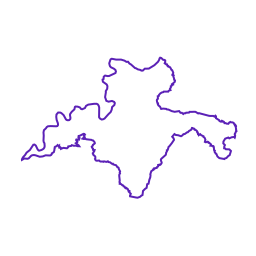 Lithipeng, Mohale's Hoek, Lesotho (Albers equal-area conic projection), rotated 176°
{"feature_id": "5366337B6317633557829", "entity_name": "Lithipeng", "entity_type": "district", "adm_level": 2, "iso_a3": "LSO", "parent_name": "Lesotho", "parent_adm1": "Mohale's Hoek", "projection": "albers", "projection_center": [27.697, -30.239], "detail": "fine", "context": "isolated", "style": "outline", "palette": "violet", "viewbox_px": 256, "rotation_deg": 176, "n_neighbors": 0, "source": "geoboundaries", "source_scale": "gbopen_adm2", "svg_char_len": 5848}
<svg xmlns="http://www.w3.org/2000/svg" viewBox="0 0 256 256"><g transform="rotate(176 128 128)"><path d="M183.0,148.1L184.6,146.2L185.0,145.1L184.7,142.1L185.0,140.9L186.1,140.0L187.4,139.9L188.6,140.3L189.3,140.9L191.3,145.3L193.3,147.4L194.4,148.1L196.6,148.3L198.4,146.5L198.8,144.1L198.6,141.0L197.6,137.6L197.6,135.9L198.3,134.9L199.4,134.7L204.9,135.3L207.7,135.3L209.0,134.6L209.9,133.4L212.0,131.7L212.6,129.5L212.6,126.3L213.2,121.2L213.0,119.7L212.4,118.6L212.4,115.7L212.8,114.3L213.8,113.1L215.8,112.1L218.2,111.6L218.7,111.8L219.6,112.9L221.2,116.9L222.4,118.0L223.6,117.9L227.4,112.9L230.9,110.5L232.5,108.3L234.8,106.1L236.0,104.2L236.0,103.6L233.5,104.8L230.4,104.3L229.2,104.6L226.6,107.0L225.5,107.5L223.7,107.6L222.1,107.2L218.1,105.5L215.0,105.6L212.1,106.5L207.7,106.0L206.5,106.5L205.9,107.2L205.8,108.0L203.7,109.1L202.9,111.3L202.9,112.2L202.5,112.8L202.5,113.9L202.0,114.4L200.6,114.8L199.4,115.9L198.4,114.7L197.9,115.1L198.0,113.2L197.3,113.0L196.8,113.4L196.1,112.7L196.2,111.9L193.9,112.7L190.3,112.0L189.1,112.9L188.9,113.8L185.9,114.1L185.3,114.8L183.4,114.1L181.1,114.0L179.7,113.4L177.9,113.2L178.5,114.2L181.1,116.5L179.6,117.3L179.4,118.2L180.0,118.4L180.6,119.6L180.4,120.1L179.5,120.2L178.9,119.8L178.2,120.2L177.7,120.0L177.6,121.0L177.1,121.4L178.1,122.2L177.8,123.5L176.7,123.6L172.8,125.3L171.9,125.1L171.4,124.3L172.5,123.5L171.9,122.0L173.0,121.6L173.0,121.2L174.0,120.5L172.8,120.1L171.2,120.2L170.5,119.7L165.2,118.7L164.4,118.1L163.7,118.0L162.5,116.5L162.1,115.2L162.4,114.8L164.2,113.6L164.3,112.9L165.5,111.9L165.3,111.0L164.3,109.8L164.5,108.7L164.1,108.3L162.9,108.3L163.3,107.2L163.8,107.0L164.1,106.0L164.9,105.3L164.9,104.7L164.4,104.1L164.3,103.4L163.0,102.3L162.6,101.5L162.7,100.0L163.1,99.5L162.7,98.4L162.2,97.8L161.3,97.5L159.1,97.6L158.4,96.8L157.5,96.4L156.1,96.4L154.8,96.0L154.3,96.4L151.9,95.7L150.4,96.2L149.9,95.4L148.2,95.0L146.6,93.5L145.5,93.4L145.3,92.7L142.4,91.6L141.3,89.6L140.7,89.5L140.1,88.8L140.0,87.6L138.9,85.3L139.4,84.1L139.1,83.3L139.9,82.2L140.1,80.9L139.9,76.2L140.3,74.7L139.9,74.2L140.2,72.9L138.6,72.4L137.8,71.4L137.2,71.3L136.5,70.5L136.5,70.1L135.5,69.7L135.3,69.0L134.6,68.7L134.8,68.3L134.6,68.1L134.0,67.8L133.7,68.2L132.5,67.2L131.9,65.1L131.6,65.3L130.9,65.1L130.9,64.8L131.4,64.6L131.4,64.1L129.8,62.2L130.7,60.5L130.7,59.7L124.8,58.1L123.3,57.8L120.8,58.5L119.4,59.6L118.2,60.1L117.4,64.2L115.2,66.1L113.6,67.0L112.8,70.6L111.4,71.0L110.3,74.9L109.2,77.3L108.8,79.5L109.0,80.2L107.8,83.3L105.5,84.6L105.7,85.0L104.6,85.4L104.7,85.9L102.1,86.2L101.9,86.9L100.6,87.6L100.5,89.0L99.1,88.9L99.1,89.3L97.9,89.4L97.0,90.5L96.8,91.3L97.4,93.1L97.4,94.2L97.0,94.9L92.3,98.5L91.9,99.4L91.7,100.7L90.8,102.0L90.8,103.1L89.9,103.4L88.8,106.4L88.0,106.9L85.3,109.9L82.9,113.0L83.2,114.5L84.5,116.2L82.1,118.7L80.8,117.7L78.5,117.3L75.7,116.1L74.3,116.8L73.1,118.0L71.9,118.0L69.3,119.6L68.6,119.6L67.2,120.9L65.5,121.6L64.9,122.1L64.2,123.6L63.5,123.5L62.8,122.7L62.0,122.7L61.6,122.2L61.6,121.6L60.2,121.0L59.4,120.1L59.4,119.3L59.2,118.8L58.7,118.7L58.6,117.1L58.2,117.1L57.9,115.9L56.4,116.8L55.6,115.8L53.3,114.5L53.4,113.9L52.3,113.0L51.6,111.0L52.3,108.8L51.3,108.3L49.6,108.8L49.1,108.6L48.7,107.6L47.9,107.6L47.5,106.9L46.5,106.1L46.2,105.2L46.8,104.6L44.1,104.0L43.8,103.3L44.0,102.9L43.7,102.4L43.7,100.0L43.0,99.4L43.3,98.9L43.1,97.6L42.6,97.3L42.3,96.3L41.6,95.9L40.8,93.4L39.0,91.6L34.3,90.4L34.3,90.6L31.9,91.2L29.9,93.1L28.5,93.8L26.9,97.9L28.4,99.6L31.9,100.0L32.8,101.0L33.5,101.1L33.2,103.0L32.5,104.2L34.0,106.0L33.7,107.9L31.8,110.6L28.6,111.5L27.7,110.6L25.3,111.5L22.9,111.7L22.2,110.9L21.8,111.8L21.9,112.7L21.6,113.3L22.0,114.3L21.7,115.1L21.0,115.8L20.6,117.1L20.0,117.4L20.4,118.7L20.2,119.2L20.5,121.6L20.1,122.0L20.2,122.6L21.1,122.9L21.2,123.2L20.6,123.4L20.9,124.0L21.9,124.7L22.3,125.8L23.7,126.4L25.1,126.5L25.5,126.9L26.6,126.4L27.6,125.2L29.4,125.5L30.3,126.1L31.4,126.1L31.9,127.5L33.9,128.7L34.2,128.4L33.9,127.8L35.2,127.9L36.4,128.8L36.6,129.5L39.5,131.6L39.4,133.5L40.0,134.2L41.0,133.3L42.1,134.1L46.0,134.4L56.3,137.9L57.0,137.6L59.5,139.4L60.4,139.5L65.5,139.8L66.1,139.1L69.0,139.2L69.6,138.7L71.0,138.8L71.9,138.1L73.2,139.4L74.6,139.5L75.8,141.3L80.3,140.9L83.2,141.8L86.2,143.5L88.1,143.9L88.5,144.4L91.7,144.9L93.6,144.7L94.6,147.1L96.2,148.5L96.3,150.2L96.7,150.1L97.2,152.2L97.3,153.7L97.0,154.4L96.1,155.1L96.1,157.6L95.1,157.8L94.8,158.8L93.3,160.3L91.7,161.1L90.3,161.3L89.8,161.8L85.3,161.5L85.0,162.1L84.0,162.7L83.0,162.8L83.4,164.2L82.4,165.5L82.4,166.7L81.4,167.2L81.2,168.5L80.9,168.5L80.7,167.9L79.9,168.2L80.2,169.2L78.1,170.8L77.8,172.2L78.6,172.9L78.6,174.2L79.2,176.4L78.7,177.3L79.3,178.0L80.0,177.9L80.0,178.3L79.3,178.8L79.0,180.0L79.9,182.6L80.6,183.0L81.7,185.6L82.9,186.1L83.4,187.0L84.0,186.8L84.5,187.6L84.6,188.7L85.6,188.9L86.9,190.0L86.7,190.4L86.2,190.2L86.4,191.3L86.1,192.4L86.2,192.9L87.0,193.4L88.1,193.5L89.9,195.5L91.0,195.9L91.7,195.2L92.0,194.1L93.4,192.0L97.3,188.8L103.1,185.8L107.1,186.0L109.3,184.2L110.7,184.3L111.4,185.0L114.1,185.8L115.8,187.0L116.8,187.3L120.6,191.2L122.1,192.2L123.3,194.1L125.0,194.1L126.7,195.4L130.1,196.7L135.2,197.1L139.4,198.2L140.2,197.9L140.7,197.5L142.2,193.9L142.0,192.3L141.6,190.8L140.7,189.7L138.0,188.2L136.5,186.8L136.1,185.2L136.7,183.7L143.2,181.2L144.7,181.2L147.2,181.9L148.6,180.9L149.0,178.5L150.0,178.1L150.0,177.6L149.8,175.9L146.2,172.9L145.6,171.2L146.0,168.6L147.6,166.3L147.6,165.1L148.7,160.4L147.7,156.6L145.5,155.6L142.1,156.1L140.0,155.0L139.4,153.8L140.0,151.9L142.4,150.0L143.0,147.4L144.2,145.1L146.5,143.2L150.8,139.0L152.4,138.4L153.7,138.3L155.4,139.5L156.1,140.8L155.3,150.4L155.7,152.3L156.5,153.7L157.5,154.3L160.2,154.5L166.0,154.1L168.3,153.0L169.6,150.9L172.4,149.9L173.4,150.2L174.6,151.9L176.7,152.8L178.9,153.1L179.5,152.7L180.2,150.3L183.0,148.1Z" fill="none" stroke="#5b21b6" stroke-width="2"/></g></svg>